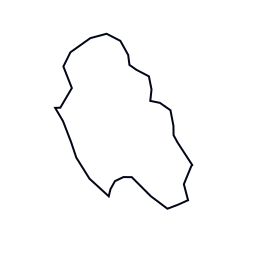 Šavnik, Mercator projection, rotated 35°
{"feature_id": "MNE-1519", "entity_name": "Šavnik", "entity_type": "Municipality", "adm_level": 1, "iso_a3": "MNE", "parent_name": "Montenegro", "parent_adm1": "", "projection": "mercator", "projection_center": [19.144, 42.978], "detail": "fine", "context": "isolated", "style": "outline", "palette": "ink", "viewbox_px": 256, "rotation_deg": 35, "n_neighbors": 0, "source": "natural_earth", "source_scale": "10m", "svg_char_len": 581}
<svg xmlns="http://www.w3.org/2000/svg" viewBox="0 0 256 256"><g transform="rotate(35 128 128)"><path d="M75.9,63.0L86.3,68.1L93.0,75.5L101.7,75.5L115.5,73.7L125.2,83.0L130.7,93.0L139.7,89.1L152.6,89.1L164.1,100.3L169.4,107.7L176.8,111.4L201.9,121.5L201.7,122.9L206.0,142.0L218.6,152.7L213.0,162.1L206.6,171.5L185.8,170.8L159.3,166.1L152.4,170.8L147.8,179.0L148.7,188.1L151.4,195.0L125.5,191.6L102.6,181.9L89.5,172.2L70.9,159.7L56.8,153.3L60.9,150.2L59.1,127.5L39.8,114.7L37.4,99.0L45.6,76.0L56.4,63.1L71.7,61.0L75.9,63.0Z" fill="none" stroke="#020617" stroke-width="2"/></g></svg>